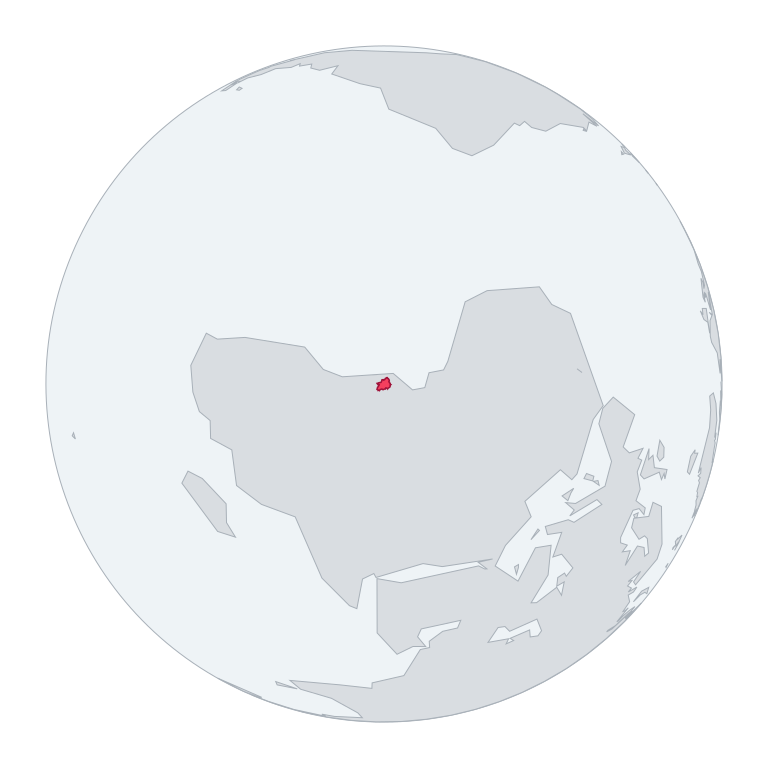 globe centered on Ngounié, rotated 117°
{"feature_id": "GAB-2622", "entity_name": "Ngounié", "entity_type": "Province", "adm_level": 1, "iso_a3": "GAB", "parent_name": "Gabon", "parent_adm1": "", "projection": "orthographic", "projection_center": [11.097, -1.69], "detail": "fine", "context": "on_globe", "style": "filled", "palette": "rose", "viewbox_px": 768, "rotation_deg": 117, "n_neighbors": 0, "source": "natural_earth", "source_scale": "10m", "svg_char_len": 8554}
<svg xmlns="http://www.w3.org/2000/svg" viewBox="0 0 768 768"><g transform="rotate(117 384 384)"><circle cx="384" cy="384" r="338" fill="#eef3f6" stroke="#a8b0b8"/><path d="M227.7,84.4L228.3,84.1L222.6,87.6L212.2,93.7L209.4,95.9L222.0,89.3L205.0,101.2L198.2,110.9L193.4,114.9L179.5,122.3L173.0,123.0L154.9,136.8L169.8,126.6L157.6,138.3L157.0,140.2L159.5,139.4L165.3,134.8L161.9,139.1L145.9,149.6L148.8,145.8L153.8,142.2L150.6,143.2L139.8,152.2L134.5,158.4L123.7,168.7L119.8,173.7L115.3,179.3L122.2,170.4L109.5,187.2L104.4,194.3L118.4,175.0L133.8,156.8L150.5,139.8L168.3,123.9L187.1,109.3L207.0,96.1L227.7,84.4ZM50.5,329.5L50.1,332.9L53.2,318.4L56.6,310.0L52.9,329.5L57.7,311.3L57.6,320.3L66.5,318.3L64.9,322.9L71.9,345.2L85.3,354.6L88.4,368.9L86.2,378.0L92.2,380.4L92.4,386.3L121.4,394.7L140.7,409.3L143.0,430.0L132.7,454.0L136.9,504.5L121.9,521.4L127.3,541.7L131.5,571.3L121.3,569.5L133.7,583.8L135.7,592.7L131.7,593.6L139.1,603.6L136.6,604.1L144.1,610.5L152.2,623.7L164.2,634.1L173.2,644.4L181.2,650.3L180.1,650.2L182.2,652.6L186.5,655.9L177.7,650.7L161.2,637.3L154.1,630.2L152.4,629.2L135.8,610.9L138.6,614.7L115.8,587.3L101.2,564.0L69.7,496.7L64.2,483.6L57.5,468.9L50.8,440.1L46.9,407.4L46.2,374.4L47.0,361.0L49.7,335.0L49.8,333.9L50.5,329.5ZM70.9,256.8L68.1,266.1L66.2,269.1L67.5,265.9L69.1,261.4L70.9,256.8ZM82.5,231.4L81.8,232.7L82.5,231.4ZM196.5,661.7L180.4,652.7L187.6,656.7L182.2,651.4L194.4,658.3L196.5,661.7ZM185.1,647.8L185.0,644.7L188.0,646.3L188.8,648.9L185.1,647.8ZM713.3,308.0L712.7,305.5L717.4,329.4L718.9,339.2L721.1,360.8L719.7,345.8L718.4,337.7L714.9,316.6L706.5,285.0L706.4,289.5L702.7,277.3L691.2,251.8L688.9,258.0L687.9,288.1L693.8,319.7L690.8,333.2L672.0,286.5L660.7,256.6L655.7,258.9L634.8,233.9L604.1,231.1L598.1,223.7L592.7,226.9L577.7,219.4L568.0,207.7L559.7,208.3L585.3,239.6L594.0,239.3L599.0,227.6L604.7,239.0L618.9,249.7L608.9,277.1L560.6,301.9L553.3,278.4L503.1,217.1L503.1,210.5L502.8,209.7L502.0,208.4L500.1,219.1L490.6,207.8L520.2,249.1L526.3,267.7L560.0,303.3L557.5,307.0L567.5,314.6L596.5,306.2L597.2,314.1L585.1,351.2L542.7,402.8L546.9,438.6L541.4,469.3L511.8,489.7L511.2,513.8L495.5,522.3L492.4,536.0L478.0,550.6L455.1,564.6L419.4,565.4L419.7,552.9L405.6,529.0L387.1,471.4L398.6,444.7L396.5,424.4L370.4,380.6L376.3,355.9L368.7,346.0L353.5,349.0L344.4,337.3L334.9,337.4L273.9,349.0L254.0,334.5L226.9,289.7L237.0,270.6L236.4,249.9L303.7,178.9L320.6,181.5L376.6,171.2L384.0,173.2L380.3,187.9L424.6,205.2L435.5,192.6L472.7,202.5L495.7,202.3L498.8,175.1L461.2,174.7L451.8,161.9L479.7,151.1L512.2,153.6L509.6,148.8L486.7,137.8L491.7,129.9L478.5,133.6L485.7,138.3L477.6,141.3L470.5,137.3L472.6,134.3L462.1,132.2L455.0,148.4L461.5,155.0L435.5,158.3L443.9,170.0L437.7,175.6L421.3,158.2L421.0,151.9L392.4,135.2L390.3,141.8L417.2,158.6L409.9,157.3L407.2,168.3L403.5,159.1L374.7,140.7L349.7,146.1L321.9,174.5L306.4,178.0L291.6,173.8L297.5,146.7L331.5,142.3L334.0,134.2L323.7,124.0L334.9,124.0L334.8,119.8L347.3,118.5L361.4,108.0L373.6,106.5L375.8,95.0L382.4,93.1L379.2,100.1L383.5,104.8L413.3,103.5L418.1,101.1L417.1,94.1L425.4,95.4L420.7,88.9L436.2,86.7L413.3,84.6L411.6,78.1L419.1,73.5L414.5,71.5L402.2,79.2L401.0,82.9L406.6,86.3L399.7,98.1L390.2,100.4L381.8,88.0L367.3,90.6L367.1,81.2L400.4,63.6L416.0,61.2L448.7,68.7L447.0,71.8L434.4,70.3L449.1,76.8L446.4,73.8L453.4,75.3L453.5,70.9L458.4,71.9L450.1,66.5L456.1,67.3L461.2,70.6L466.5,66.3L478.2,67.8L477.0,66.5L472.5,64.7L490.2,68.6L488.6,67.6L482.1,65.7L474.6,62.7L468.4,59.4L474.9,60.9L478.0,62.3L494.4,68.2L501.8,72.7L503.8,73.1L498.9,69.7L478.9,62.3L473.3,60.0L483.1,63.0L479.1,61.7L478.4,61.1L483.7,62.2L473.1,58.9L462.3,55.3L486.4,62.0L509.9,70.4L532.8,80.6L554.8,92.4L575.9,105.9L595.9,120.8L614.8,137.2L632.4,154.9L648.7,173.9L663.5,194.1L676.8,215.3L688.5,237.4L698.5,260.3L706.7,283.9L713.3,308.0ZM283.9,212.8L282.8,218.9L283.9,212.8ZM549.2,171.8L567.0,174.0L554.4,157.3L560.1,157.2L553.7,152.0L553.4,156.2L537.0,142.6L543.0,138.9L538.5,132.5L532.3,131.6L524.0,141.0L547.3,159.8L545.2,166.1L549.2,171.8ZM66.9,318.0L67.6,321.7L65.8,322.0L66.9,318.0ZM63.5,277.0L62.8,279.8L62.2,281.0L63.5,277.0ZM70.4,274.8L71.7,276.2L69.2,278.0L70.4,274.8ZM67.9,268.0L69.2,274.5L64.7,280.6L64.2,277.0L66.0,274.8L67.9,268.0ZM76.5,243.8L76.2,244.6L74.7,248.0L75.8,245.4L76.5,243.8ZM82.0,232.5L81.8,232.9L83.1,230.3L82.0,232.5ZM158.6,137.7L159.8,137.0L161.2,137.2L158.3,139.2L158.6,137.7ZM181.3,128.2L175.2,135.4L177.5,131.2L172.2,134.7L170.4,131.2L191.0,116.8L182.0,123.5L181.3,128.2ZM173.7,123.8L172.5,126.8L173.0,124.1L173.7,123.8ZM322.2,101.5L327.5,103.3L324.3,108.0L308.9,112.7L313.3,105.7L322.2,101.5ZM335.8,105.1L331.7,93.0L341.1,90.6L336.6,93.8L343.2,93.4L337.6,98.7L350.5,109.2L348.6,114.3L321.2,118.5L331.2,113.9L325.4,112.0L335.8,105.1ZM304.7,75.8L303.1,73.0L325.7,70.8L324.6,73.8L309.2,77.9L301.3,76.9L304.7,75.8ZM278.0,63.1L266.5,67.5L263.3,68.6L257.1,72.2L246.0,76.8L250.4,74.0L237.3,80.9L236.8,80.3L228.9,84.9L239.8,78.4L239.7,78.4L242.7,77.0L244.1,76.4L254.3,72.0L258.4,70.3L261.0,69.3L278.0,63.1ZM318.0,52.6L323.4,51.6L327.0,50.9L339.6,49.0L343.6,49.0L347.3,48.3L357.0,47.5L361.4,47.9L352.7,48.4L363.8,48.7L354.2,49.7L356.1,49.7L350.2,51.0L346.4,53.0L341.7,53.4L342.3,54.1L338.4,55.3L337.6,56.5L328.8,58.1L327.1,59.9L323.9,59.7L323.3,62.5L319.8,61.3L314.5,63.5L320.7,63.5L275.1,74.1L258.7,81.2L246.9,88.3L242.4,86.5L250.6,79.4L265.2,71.0L281.6,65.1L276.6,66.0L283.0,63.6L284.3,63.9L286.1,62.2L291.7,60.5L304.7,56.1L303.9,55.7L308.7,54.6L311.8,53.9L313.5,53.5L318.0,52.6ZM343.2,48.6L342.6,48.6L336.8,49.4L343.2,48.6ZM390.8,167.6L396.3,168.0L404.5,167.2L402.9,174.5L390.8,167.6ZM370.9,155.1L375.6,154.0L377.5,162.9L371.8,162.9L370.9,155.1ZM376.6,146.3L375.7,153.2L372.9,149.5L376.6,146.3ZM383.4,99.1L388.2,98.1L389.3,99.6L387.4,102.2L383.4,99.1ZM392.1,52.9L387.4,52.2L388.5,51.8L383.3,49.9L390.0,49.6L395.7,50.6L392.1,52.9ZM493.4,179.6L487.7,184.7L483.8,182.2L486.5,180.9L493.4,179.6ZM443.9,179.0L456.0,182.4L443.3,181.0L443.9,179.0ZM398.5,52.2L395.6,51.3L400.8,51.8L398.5,52.2ZM394.6,49.4L400.4,49.6L390.2,49.4L394.6,49.4ZM573.1,634.0L571.7,638.3L568.4,638.5L573.1,634.0ZM590.9,465.3L564.1,519.1L550.6,519.1L550.7,503.0L562.4,470.3L579.0,461.4L587.9,446.8L590.9,465.3ZM721.6,398.7L718.7,350.7L719.8,352.5L721.6,369.9L721.6,398.7ZM695.0,322.9L700.6,342.6L698.3,345.4L695.0,322.9ZM451.5,54.6L451.2,57.0L455.5,59.9L464.8,62.9L451.6,60.4L445.0,55.8L451.5,54.6ZM419.4,49.4L418.9,50.0L414.7,49.4L419.4,49.4Z" fill="#d9dde1" stroke="#a8b0b8" stroke-width="1"/><path d="M392.0,385.2L391.9,385.2L391.9,385.9L391.9,386.1L392.0,386.3L392.3,386.4L392.2,386.5L392.1,386.8L392.1,387.1L392.1,387.3L392.0,387.5L392.0,387.8L389.7,388.3L389.3,388.1L389.1,387.9L388.8,387.9L388.5,387.9L388.3,388.0L388.2,388.0L387.9,388.3L387.7,388.2L387.4,388.0L387.4,387.9L387.0,387.8L386.8,387.8L386.7,387.9L386.8,388.2L386.9,388.4L386.8,388.7L386.8,388.8L387.0,389.2L387.1,389.3L387.1,389.6L387.0,389.8L386.6,390.5L386.2,390.0L385.7,389.6L385.2,389.2L384.9,388.8L384.8,388.7L384.7,388.6L384.6,388.2L384.1,387.8L384.0,387.7L383.9,387.5L383.9,387.4L383.7,387.3L381.1,387.7L380.9,387.3L380.8,387.2L380.7,387.1L380.6,386.9L380.4,386.4L380.2,386.2L380.2,385.9L380.2,385.7L380.3,385.7L380.2,385.6L379.9,385.4L379.7,385.3L379.4,385.4L378.9,385.3L378.7,385.3L378.7,385.2L378.3,385.0L378.1,384.9L377.8,384.8L377.7,384.8L377.4,384.8L377.3,384.7L377.1,384.5L377.1,384.4L377.0,384.2L376.9,384.0L376.8,383.9L376.9,383.7L377.0,383.6L377.3,383.5L377.3,383.4L377.4,383.1L377.4,382.9L377.3,382.6L377.3,382.4L377.4,382.2L377.8,381.8L377.9,381.7L377.9,381.4L378.4,380.9L378.6,380.8L378.8,380.7L379.0,380.7L379.2,380.8L379.5,380.8L379.7,380.7L379.8,380.7L379.9,380.4L380.0,380.2L380.0,379.9L380.3,379.8L380.3,379.7L380.6,379.3L380.6,379.2L380.6,378.8L380.7,378.7L381.0,378.5L381.2,378.4L381.3,378.1L381.5,378.0L381.5,377.9L381.4,377.8L381.4,377.7L381.6,377.8L381.6,377.7L381.8,377.7L382.0,377.7L382.0,377.8L382.3,377.8L382.3,377.7L382.5,377.7L382.6,377.8L382.7,377.7L382.8,377.6L383.0,377.5L384.1,377.5L384.3,377.4L385.3,378.1L385.7,378.3L386.0,378.4L386.2,378.5L386.7,378.5L386.5,378.8L386.4,378.9L386.4,379.0L386.4,379.3L386.4,379.5L386.5,379.8L386.6,380.0L386.7,380.3L386.6,380.5L386.8,380.7L387.0,380.7L387.3,380.6L387.7,380.3L387.8,380.3L387.9,380.5L387.9,380.8L388.0,380.9L388.2,381.2L388.3,381.3L388.6,381.5L388.8,381.7L389.1,381.8L389.2,382.0L389.4,382.2L389.5,382.3L389.5,382.5L389.6,382.8L389.6,383.0L389.5,383.3L389.4,383.3L389.4,383.5L389.5,383.7L389.6,383.8L390.1,384.3L390.6,384.7L390.6,384.8L391.3,385.0L391.8,385.0L392.0,385.0L392.0,385.2Z" fill="#f43f5e" stroke="#9f1239" stroke-width="1.5"/></g></svg>